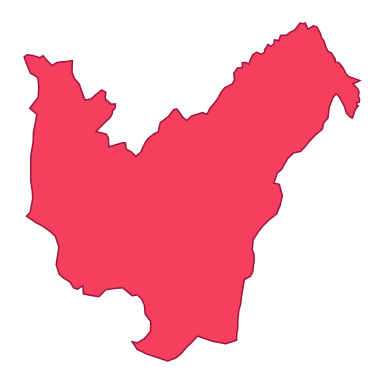 Kritou Tera, Paphos, Cyprus (orthographic projection)
{"feature_id": "46923920B75196261408005", "entity_name": "Kritou Tera", "entity_type": "district", "adm_level": 2, "iso_a3": "CYP", "parent_name": "Cyprus", "parent_adm1": "Paphos", "projection": "orthographic", "projection_center": [32.434, 34.957], "detail": "fine", "context": "isolated", "style": "filled", "palette": "rose", "viewbox_px": 384, "rotation_deg": 0, "n_neighbors": 0, "source": "geoboundaries", "source_scale": "gbopen_adm2", "svg_char_len": 2681}
<svg xmlns="http://www.w3.org/2000/svg" viewBox="0 0 384 384"><path d="M298.7,24.8L297.6,26.3L295.3,29.4L292.4,31.5L291.4,31.5L289.8,32.6L286.4,35.2L284.5,35.2L280.6,35.4L278.8,40.6L274.4,39.8L274.0,44.1L270.8,46.2L267.9,44.4L265.5,48.7L265.2,48.7L263.9,53.1L260.7,54.1L256.7,52.2L252.6,54.9L250.0,60.5L248.9,64.3L246.1,62.5L242.3,62.7L242.4,67.6L237.5,68.0L233.7,73.4L234.6,80.0L232.1,84.1L224.7,87.8L220.6,92.9L218.3,97.8L214.0,103.7L210.4,107.6L206.9,114.3L202.6,112.6L195.7,114.7L191.4,116.0L186.8,120.5L183.0,117.5L178.7,111.3L176.7,108.9L173.8,109.5L168.3,116.6L160.3,122.7L158.1,131.9L153.9,133.8L147.7,139.0L144.9,143.2L140.7,152.2L135.8,156.3L131.3,151.9L126.1,149.0L125.4,142.8L122.5,142.8L108.9,146.8L108.3,137.7L106.0,134.0L96.0,131.6L99.8,127.6L105.3,122.0L110.0,117.8L112.3,113.4L112.3,111.1L114.9,108.5L115.5,103.9L111.2,104.2L105.1,98.7L105.8,92.2L101.7,90.0L95.6,94.8L91.4,98.8L85.0,100.0L82.1,92.3L79.2,84.0L74.4,78.5L72.0,72.2L72.4,60.6L65.9,61.6L61.9,61.8L56.7,62.6L52.1,65.5L45.8,59.3L43.2,55.7L39.6,57.7L33.1,55.5L27.2,54.8L24.1,57.0L26.7,64.2L30.4,73.1L37.7,77.4L38.8,86.3L38.2,97.4L29.7,108.2L36.9,114.3L33.4,132.7L33.2,141.6L30.8,156.1L30.8,168.5L30.8,180.8L32.3,191.3L32.7,198.6L30.1,212.5L26.5,216.1L35.8,222.5L43.1,226.4L50.6,231.8L55.3,236.2L58.9,246.8L56.2,264.8L59.2,274.1L63.5,278.0L69.8,281.9L73.6,287.8L77.3,289.2L82.9,285.7L83.4,293.9L92.4,295.7L99.0,296.7L105.6,289.8L113.9,288.5L122.5,287.8L124.8,289.6L132.3,295.8L137.0,294.8L141.3,298.5L144.3,304.9L145.2,314.2L150.8,321.7L150.4,331.5L144.3,338.7L137.5,342.8L132.2,341.8L137.2,349.4L146.9,354.1L160.6,358.6L167.6,361.0L175.6,358.1L181.0,353.8L185.4,348.5L192.3,341.8L197.5,336.0L201.8,337.6L213.2,341.4L225.9,343.8L227.3,343.3L236.6,340.2L236.7,333.8L237.7,328.9L237.9,319.0L238.8,310.5L240.6,304.1L241.5,296.3L244.3,279.7L250.6,276.1L252.7,271.8L253.4,265.8L254.2,260.3L253.9,253.9L252.3,250.1L253.1,239.7L258.7,231.3L262.1,226.8L268.9,220.0L276.6,214.0L280.1,205.3L282.4,195.5L280.9,190.4L279.9,186.9L279.4,184.4L274.0,183.1L277.0,173.4L281.6,169.3L283.8,165.2L288.0,158.2L293.6,152.9L300.6,151.4L305.5,146.2L309.7,140.9L316.0,134.4L322.3,129.3L323.8,122.6L328.0,117.9L329.2,107.4L332.6,98.2L336.1,93.6L339.6,97.4L344.4,106.4L346.6,113.5L350.1,116.9L352.3,118.0L355.6,109.0L358.2,106.1L357.3,106.0L356.6,102.9L359.1,102.3L359.7,99.3L358.3,96.1L359.0,93.1L358.8,91.1L357.4,88.5L352.9,83.8L355.9,82.6L359.9,80.6L348.6,76.5L346.0,73.9L343.6,68.9L341.6,65.9L338.7,62.5L335.1,62.0L335.3,59.2L331.2,52.8L327.8,51.1L325.7,46.6L323.7,40.3L321.8,38.3L320.1,32.8L316.8,26.9L313.4,25.8L307.8,29.2L305.3,23.0L303.2,23.8L300.0,23.0L298.7,24.8Z" fill="#f43f5e" stroke="#9f1239" stroke-width="1.5"/></svg>